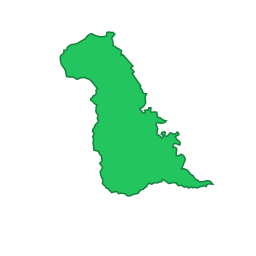 Tangará, Santa Catarina, Brazil, rotated 44°
{"feature_id": "56859067B14678126982522", "entity_name": "Tangará", "entity_type": "district", "adm_level": 2, "iso_a3": "BRA", "parent_name": "Brazil", "parent_adm1": "Santa Catarina", "projection": "robinson", "projection_center": [-51.129, -27.151], "detail": "fine", "context": "isolated", "style": "filled", "palette": "green", "viewbox_px": 256, "rotation_deg": 44, "n_neighbors": 0, "source": "geoboundaries", "source_scale": "gbopen_adm2", "svg_char_len": 3645}
<svg xmlns="http://www.w3.org/2000/svg" viewBox="0 0 256 256"><g transform="rotate(44 128 128)"><path d="M176.6,175.3L177.8,172.3L179.3,170.0L180.7,168.0L180.4,166.2L180.1,164.0L181.6,161.3L181.6,158.9L182.2,157.0L181.2,155.6L181.5,153.2L184.1,152.0L185.1,148.8L187.2,147.3L187.9,145.3L189.6,143.2L188.6,141.1L190.6,140.3L193.2,139.9L194.9,139.8L196.5,139.2L197.5,137.1L199.1,135.3L201.0,134.0L202.8,134.5L204.3,134.5L205.3,133.3L206.2,132.0L208.5,131.8L210.0,131.0L211.2,129.1L213.3,129.2L214.4,126.6L216.1,126.1L217.0,124.4L218.8,123.5L219.8,122.4L220.6,120.2L221.9,118.4L223.0,116.3L224.9,115.9L224.2,113.8L224.8,112.2L226.1,111.0L228.1,109.6L224.8,109.1L223.0,109.7L221.2,111.3L220.0,113.5L218.4,115.3L216.8,117.0L214.3,117.2L212.6,117.9L210.5,117.8L207.9,117.1L205.8,117.7L203.9,117.7L201.9,117.1L200.2,117.1L198.6,117.6L196.4,118.5L194.9,120.2L192.4,114.0L191.2,110.9L189.0,109.7L187.5,109.4L185.9,109.5L184.1,110.3L183.9,111.9L183.4,113.6L181.9,114.2L180.7,113.1L179.2,111.5L178.2,109.6L176.5,108.9L174.9,109.3L173.7,110.7L172.5,109.2L171.9,107.5L173.2,105.9L175.2,105.2L177.1,104.2L175.9,102.4L174.1,102.0L172.3,102.3L170.2,102.0L168.0,101.6L168.7,99.1L169.3,97.4L168.0,96.6L166.2,96.7L166.3,99.3L164.7,100.8L161.7,102.1L161.8,104.0L161.9,106.9L160.4,107.9L158.8,107.0L158.1,105.5L156.6,105.4L155.4,108.1L156.4,109.4L158.2,108.9L159.7,110.1L159.1,112.0L157.4,111.5L155.2,111.8L153.4,112.5L152.2,111.4L151.1,109.7L150.0,108.0L148.1,107.0L145.4,106.1L145.3,103.6L147.2,102.6L148.7,101.6L149.7,100.1L150.6,98.1L150.5,96.3L148.6,97.5L146.3,98.2L144.3,98.2L142.7,99.3L140.8,99.3L139.2,97.6L137.6,96.7L135.3,98.6L134.1,100.6L132.6,100.2L131.7,98.9L130.4,97.5L129.0,98.9L130.1,100.5L128.8,102.2L127.6,103.9L129.3,104.3L129.6,106.1L127.4,106.9L125.8,106.2L124.3,106.5L123.0,105.8L123.9,104.0L124.2,101.6L123.7,99.3L123.1,97.4L121.7,96.4L120.0,94.8L118.6,93.6L118.1,92.0L117.5,90.6L115.9,92.0L114.1,92.3L112.5,91.1L110.6,90.7L108.9,90.8L108.1,88.9L93.3,85.9L93.4,83.3L88.5,83.1L88.6,80.1L73.3,78.8L72.2,80.3L71.0,78.8L69.7,76.9L67.8,77.2L66.3,77.5L64.4,78.1L62.4,78.3L61.0,78.9L59.4,78.7L58.3,77.3L57.0,76.4L55.4,75.4L53.7,74.5L53.5,69.9L50.8,69.6L49.8,70.9L47.7,72.0L46.5,73.9L48.6,76.9L47.4,78.7L45.3,81.0L43.7,82.4L42.0,83.2L40.6,84.1L38.2,84.8L36.2,85.5L35.0,88.1L34.8,90.8L35.3,93.2L34.7,95.5L33.9,98.2L33.3,100.2L32.8,102.4L31.3,104.9L29.3,107.3L28.5,110.2L28.4,112.4L29.4,113.9L29.1,115.5L27.9,116.8L29.6,118.3L29.6,120.6L29.4,123.0L30.5,124.7L31.9,125.8L33.6,127.2L36.0,128.5L38.0,129.0L40.0,129.3L42.8,130.1L44.8,131.3L46.4,132.4L48.1,133.7L50.2,132.2L51.9,130.7L53.4,129.2L55.7,128.9L57.4,128.5L58.4,126.6L59.0,125.0L60.4,123.3L61.8,121.6L63.7,121.3L65.3,120.2L67.1,119.7L68.6,119.8L71.0,119.9L73.6,120.3L75.9,120.5L78.7,121.0L78.6,122.9L80.4,124.5L81.5,125.7L81.3,127.6L80.5,129.4L81.3,131.0L80.9,132.6L81.8,134.0L84.3,133.4L86.4,133.7L88.1,133.5L89.6,132.9L90.5,135.1L92.0,136.7L93.2,138.3L94.9,139.1L97.5,139.3L98.5,141.0L99.3,142.6L101.8,143.3L102.3,145.0L102.2,147.1L102.4,149.1L103.4,151.0L103.6,153.3L104.8,155.1L106.3,155.2L107.8,156.0L108.6,158.9L111.2,160.1L112.9,162.7L115.4,164.6L116.7,165.4L117.7,166.9L119.0,167.7L120.9,166.5L123.0,165.2L124.6,166.1L126.9,166.7L128.9,166.7L130.3,168.6L132.0,169.1L132.1,170.8L132.2,173.1L133.7,173.4L135.2,173.5L136.8,174.1L137.7,175.5L138.2,178.6L139.6,179.7L140.9,180.7L143.4,182.0L145.7,182.7L147.1,183.6L147.5,185.3L149.3,185.9L151.6,185.6L154.1,186.4L156.0,185.4L158.0,185.8L159.5,185.7L161.1,185.9L162.1,184.1L163.2,182.6L164.2,181.4L166.8,181.8L168.6,179.5L170.3,178.1L171.7,177.4L173.5,177.4L175.1,177.0L176.6,175.3Z" fill="#22c55e" stroke="#15803d" stroke-width="1.5"/></g></svg>